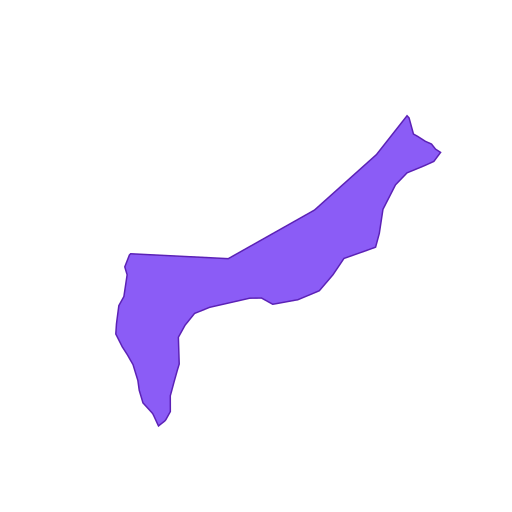 Lenny Hill, Soufrière, Saint Lucia, rotated 29°
{"feature_id": "8701671B81462153055318", "entity_name": "Lenny Hill", "entity_type": "district", "adm_level": 2, "iso_a3": "LCA", "parent_name": "Saint Lucia", "parent_adm1": "Soufrière", "projection": "equal_earth", "projection_center": [-61.059, 13.851], "detail": "fine", "context": "isolated", "style": "filled", "palette": "violet", "viewbox_px": 512, "rotation_deg": 29, "n_neighbors": 0, "source": "geoboundaries", "source_scale": "gbopen_adm2", "svg_char_len": 927}
<svg xmlns="http://www.w3.org/2000/svg" viewBox="0 0 512 512"><g transform="rotate(29 256 256)"><path d="M320.1,60.1L312.2,108.8L284.9,187.4L233.0,271.8L145.3,314.8L144.8,316.5L146.5,329.1L148.9,331.5L152.4,334.9L160.1,355.5L160.1,365.9L165.7,380.1L166.9,383.1L171.2,392.2L183.1,400.3L185.0,401.3L191.7,404.9L195.9,407.5L201.1,410.6L208.1,417.4L213.0,422.1L219.0,430.1L228.4,439.3L237.7,442.4L242.0,443.9L243.8,445.1L253.1,451.9L256.2,444.5L256.5,442.9L256.5,433.6L248.8,419.8L247.7,415.2L245.4,406.0L242.5,393.7L241.2,387.7L227.5,364.7L227.5,350.9L230.1,336.0L240.3,323.4L271.0,295.9L281.2,290.1L294.0,290.1L296.9,287.8L311.5,275.8L313.7,274.1L328.2,255.7L332.4,235.1L334.1,215.5L350.3,197.2L356.3,190.3L352.9,176.5L344.4,153.6L343.5,126.1L347.8,110.0L359.7,95.1L365.7,87.0L367.2,75.9L361.2,75.5L355.2,73.0L348.6,73.6L339.3,73.0L334.6,73.0L322.9,61.0L320.1,60.1Z" fill="#8b5cf6" stroke="#5b21b6" stroke-width="1.5"/></g></svg>